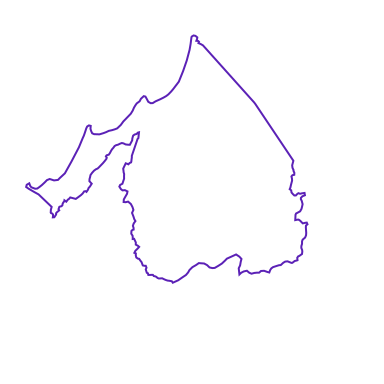 Kuantan, Pahang, Malaysia (Natural Earth projection), rotated 224°
{"feature_id": "92858781B15723972552413", "entity_name": "Kuantan", "entity_type": "district", "adm_level": 2, "iso_a3": "MYS", "parent_name": "Malaysia", "parent_adm1": "Pahang", "projection": "natural_earth1", "projection_center": [103.122, 3.898], "detail": "fine", "context": "isolated", "style": "outline", "palette": "violet", "viewbox_px": 384, "rotation_deg": 224, "n_neighbors": 0, "source": "geoboundaries", "source_scale": "gbopen_adm2", "svg_char_len": 4455}
<svg xmlns="http://www.w3.org/2000/svg" viewBox="0 0 384 384"><g transform="rotate(224 192 192)"><path d="M142.8,113.4L140.6,118.9L139.6,124.0L138.7,128.1L138.9,131.4L139.6,134.1L139.5,138.2L138.3,142.4L137.7,145.6L136.1,146.9L133.6,149.0L130.3,149.9L127.0,149.9L124.5,151.4L122.9,153.2L121.8,157.1L120.8,161.3L120.6,165.4L120.6,168.3L118.1,174.6L116.9,177.7L113.0,178.4L109.9,178.2L108.5,175.7L106.4,172.6L105.4,169.6L100.6,165.6L100.5,168.1L99.6,170.8L97.8,173.5L94.7,173.7L92.4,174.6L91.0,177.0L89.5,178.8L87.7,180.6L87.5,183.1L85.4,185.4L82.1,186.9L80.5,187.8L81.5,190.1L81.9,192.1L81.5,194.3L79.9,197.3L78.6,199.7L77.4,201.1L77.2,204.5L76.6,206.7L75.1,208.5L72.9,209.4L71.2,210.1L70.6,210.8L70.2,213.7L68.8,215.9L68.1,215.7L70.6,217.8L70.9,219.4L70.4,220.6L69.8,223.8L71.3,225.8L72.5,226.8L74.5,227.7L75.8,229.1L76.8,231.1L78.6,233.0L79.3,234.6L79.0,237.8L79.9,240.1L81.4,241.9L85.6,245.7L86.7,247.1L86.5,249.0L88.2,249.7L89.3,248.3L90.5,246.4L92.2,246.4L94.1,246.5L96.1,246.2L96.9,245.4L98.2,243.5L100.1,245.7L101.7,247.5L102.2,248.8L101.4,251.3L100.8,253.2L101.5,255.9L102.7,258.0L104.0,260.1L107.0,261.9L108.8,262.5L109.6,263.5L109.6,265.7L108.5,268.1L110.4,269.5L112.0,267.4L113.0,265.8L114.6,265.1L114.9,263.9L114.9,261.6L116.0,260.6L118.1,260.6L120.1,260.8L121.8,262.1L123.7,261.9L124.3,263.5L125.7,265.8L127.9,269.7L129.4,271.1L131.3,272.3L131.4,273.9L130.4,275.4L131.7,276.9L133.7,277.7L134.2,278.3L136.5,279.2L138.5,280.8L140.5,284.4L140.8,284.9L207.6,299.3L209.5,299.6L286.0,305.1L288.4,304.5L290.8,303.6L291.3,304.9L292.5,304.9L293.9,303.8L294.6,305.5L295.6,306.9L298.0,306.7L299.6,305.7L300.1,303.9L300.0,303.1L295.9,297.6L292.5,292.6L287.1,282.9L282.4,272.8L278.1,262.2L277.0,252.8L276.8,249.9L276.8,245.8L277.2,243.1L278.1,240.0L279.3,236.6L281.2,231.9L282.0,228.7L283.4,227.2L286.1,226.5L288.8,227.4L291.8,228.3L293.3,227.4L293.5,223.6L292.7,220.9L293.3,217.3L292.9,214.8L292.3,212.3L291.2,209.4L290.4,205.8L290.4,201.1L290.4,195.0L289.8,190.8L290.0,185.8L291.0,183.6L292.5,180.9L294.3,178.2L295.4,175.3L296.6,172.8L298.6,169.2L302.6,165.6L304.6,164.9L306.9,165.8L308.9,166.9L310.8,169.2L312.4,168.3L312.9,166.3L312.2,164.2L311.2,162.2L310.0,159.7L308.9,157.3L308.1,155.0L304.4,145.6L299.9,130.3L296.4,117.1L296.8,110.1L296.8,107.6L299.3,104.5L303.4,102.5L304.6,99.8L304.6,96.6L304.8,92.8L305.2,89.7L305.7,87.0L307.1,85.4L310.8,83.8L312.6,84.0L315.1,85.2L315.9,82.4L314.8,80.4L311.7,80.9L305.1,82.5L300.7,83.7L282.6,83.8L281.2,81.2L280.3,80.2L279.4,79.1L278.8,78.9L277.7,79.4L276.4,79.3L275.3,78.2L274.5,77.1L273.5,78.2L273.8,79.7L274.1,81.4L275.0,82.3L275.1,83.7L274.9,85.4L274.8,86.6L276.1,86.9L277.1,89.2L276.7,90.1L276.0,91.1L276.0,92.4L276.8,93.5L277.3,95.0L277.4,96.5L278.0,97.4L275.7,97.7L276.0,100.3L275.7,101.6L275.8,103.5L270.8,106.3L270.2,109.6L269.7,112.7L269.6,115.0L270.0,117.5L269.1,118.7L268.0,118.8L268.4,121.3L269.2,123.2L269.2,124.9L269.9,128.3L273.3,128.5L274.7,130.1L275.6,131.8L276.8,133.7L277.2,136.5L277.3,139.3L276.9,141.6L276.2,143.3L276.1,144.9L276.1,148.9L276.1,150.8L276.3,153.8L276.6,156.4L277.2,157.5L278.7,157.8L278.9,159.1L277.8,161.0L278.1,163.0L278.8,165.3L279.2,167.2L279.3,169.3L279.6,171.3L279.1,173.0L278.1,174.6L277.3,176.8L276.5,178.5L275.0,179.4L272.8,180.1L270.7,181.7L269.5,182.8L270.9,187.6L272.0,188.9L272.8,190.3L273.5,191.7L273.2,193.5L272.2,195.2L272.2,197.1L271.6,198.1L268.0,193.5L268.0,192.3L260.4,176.2L259.3,175.1L258.0,173.3L256.9,171.9L256.4,171.0L257.0,169.6L257.0,167.7L257.9,167.4L259.6,166.6L258.3,162.7L257.7,161.0L255.8,159.5L254.9,158.7L253.3,157.8L251.9,156.2L250.1,154.4L247.8,149.6L248.6,147.2L248.0,145.4L245.1,144.7L243.1,144.9L241.6,146.7L238.8,147.6L237.5,145.6L236.7,142.4L235.9,139.3L234.2,137.3L232.6,138.6L231.3,140.7L227.6,140.9L224.3,139.8L221.7,138.4L220.6,135.3L217.1,133.7L214.5,132.3L212.5,131.8L212.1,128.9L211.0,126.6L209.1,125.6L207.9,124.4L208.5,123.4L208.5,121.9L206.7,119.8L204.4,119.3L202.9,118.0L202.0,117.0L201.1,118.1L197.4,116.7L195.9,115.1L193.7,115.7L191.9,115.8L191.8,113.5L191.9,110.4L191.2,108.2L189.7,108.8L188.6,107.5L186.6,106.2L184.6,106.5L183.6,107.2L181.7,106.8L179.5,106.5L178.1,105.8L176.4,105.0L174.9,105.9L174.0,106.8L172.1,105.9L171.5,104.2L168.4,102.5L167.2,102.9L165.8,102.0L164.5,103.3L163.5,104.3L162.6,105.2L161.1,105.0L159.8,105.8L158.6,106.2L157.1,106.2L155.7,106.8L154.5,108.1L153.5,109.2L151.3,109.9L149.5,110.6L147.9,111.4L146.9,112.2L144.5,113.8L142.8,113.4Z" fill="none" stroke="#5b21b6" stroke-width="2"/></g></svg>